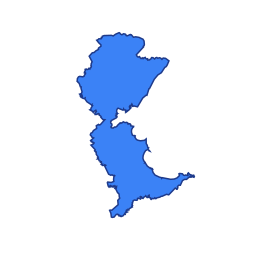 outline of Cirebon, Jawa Barat, Indonesia, rotated 42°
{"feature_id": "22746128B77544549346240", "entity_name": "Cirebon", "entity_type": "district", "adm_level": 2, "iso_a3": "IDN", "parent_name": "Indonesia", "parent_adm1": "Jawa Barat", "projection": "orthographic", "projection_center": [108.584, -6.761], "detail": "fine", "context": "isolated", "style": "filled", "palette": "blue", "viewbox_px": 256, "rotation_deg": 42, "n_neighbors": 0, "source": "geoboundaries", "source_scale": "gbopen_adm2", "svg_char_len": 5941}
<svg xmlns="http://www.w3.org/2000/svg" viewBox="0 0 256 256"><g transform="rotate(42 128 128)"><path d="M205.9,127.0L206.3,123.4L206.6,123.4L206.9,122.5L207.6,122.6L208.0,122.0L207.8,121.7L208.3,121.2L210.0,120.5L209.8,119.7L209.1,119.6L208.7,119.1L208.0,119.4L207.6,120.4L205.9,120.7L205.7,121.3L202.9,120.9L202.8,121.8L203.6,122.8L204.2,123.0L204.0,123.6L202.4,124.2L201.9,125.3L200.8,125.9L199.1,125.6L196.8,127.2L196.5,127.9L198.1,129.0L197.8,132.4L196.5,135.0L194.0,137.6L186.7,142.0L186.7,142.7L186.3,142.4L184.2,143.5L179.6,144.9L176.4,144.3L174.0,142.8L174.1,142.2L173.3,142.0L173.2,142.6L171.7,142.4L171.7,143.0L167.9,143.4L164.3,142.4L163.8,142.8L163.7,142.1L161.6,141.8L159.3,140.5L157.7,138.3L156.7,135.7L156.2,133.0L157.3,130.4L156.6,129.8L156.6,129.0L155.7,129.2L153.7,127.9L152.0,127.4L148.8,124.0L148.5,126.1L145.8,129.2L143.3,130.6L141.9,130.9L139.2,130.2L138.7,129.0L138.0,129.1L137.5,129.8L136.1,130.4L133.4,128.8L131.8,126.9L131.2,124.5L131.4,123.5L131.1,123.0L128.6,124.5L127.7,123.6L126.9,123.5L125.8,124.1L125.9,124.5L125.2,125.0L125.1,124.8L124.9,124.5L123.3,124.6L122.2,126.0L120.3,126.6L120.3,127.6L119.6,129.2L119.2,129.0L118.7,129.5L118.4,133.4L118.7,134.2L118.0,135.9L117.3,136.3L117.0,138.0L115.4,139.0L114.9,138.8L114.4,138.2L114.6,137.7L114.2,136.6L113.2,135.8L111.9,135.9L110.9,134.9L110.9,133.9L110.6,133.7L112.5,128.4L112.4,127.7L111.9,127.3L112.3,127.0L112.0,126.7L111.2,127.2L110.9,126.6L110.4,126.6L110.8,125.4L109.7,125.0L110.2,124.4L109.8,124.5L110.0,124.1L108.4,123.3L107.4,121.8L107.2,120.3L107.4,119.9L112.3,118.1L112.6,117.5L112.1,116.8L112.9,117.0L114.1,116.7L114.2,116.4L115.4,117.6L115.3,116.8L116.1,117.1L116.3,115.9L115.9,115.4L116.6,114.7L116.7,111.0L115.2,110.7L115.3,111.6L114.8,111.3L114.5,110.0L115.2,109.6L114.8,107.6L116.0,108.1L116.4,109.0L117.2,108.7L117.6,107.7L120.9,105.9L118.9,95.9L119.5,91.6L120.2,91.1L117.3,84.8L117.6,84.3L114.9,74.2L114.7,68.5L115.8,64.6L114.8,58.4L115.3,56.8L115.0,55.0L113.5,50.7L109.3,51.1L107.3,52.5L107.3,54.3L105.6,54.2L104.4,54.7L103.4,56.3L102.2,56.3L101.6,57.3L101.6,58.9L99.5,59.0L98.4,59.9L98.8,61.5L98.4,62.2L98.5,62.9L97.2,64.3L96.2,63.4L95.6,64.3L94.3,64.4L93.6,64.0L93.0,65.0L93.0,66.0L92.0,66.0L92.0,67.0L91.4,67.0L91.1,67.7L89.7,67.6L88.8,67.2L88.1,68.5L87.0,68.7L85.2,68.0L85.3,57.3L84.7,57.1L84.7,55.7L84.2,54.9L81.7,52.6L79.7,52.0L75.5,53.3L72.7,55.1L71.3,56.9L68.1,56.5L67.7,57.0L67.1,57.0L65.9,59.8L64.9,60.4L65.3,60.6L65.5,60.6L64.6,60.5L63.8,60.0L63.0,60.1L61.6,61.0L61.1,62.8L59.6,63.2L58.1,62.9L57.6,63.1L56.0,66.6L55.4,69.5L53.7,70.2L48.4,75.3L47.5,77.0L48.2,78.1L47.7,78.6L48.1,78.8L48.3,79.7L46.6,81.3L46.6,82.5L46.0,83.7L49.5,84.3L52.2,84.3L53.2,85.4L52.6,88.2L52.9,89.0L53.5,89.4L52.5,92.0L52.3,94.5L51.1,96.1L51.1,100.6L57.0,102.8L57.8,105.2L58.7,105.9L58.8,106.6L59.6,106.8L60.0,108.0L59.7,108.5L60.2,109.7L59.0,109.9L59.2,110.8L58.6,111.8L57.5,112.1L56.9,113.1L57.2,113.4L57.7,113.4L58.1,115.0L58.7,115.6L58.4,115.9L58.8,116.3L59.6,115.6L60.1,116.1L60.3,118.2L60.7,118.8L60.2,120.2L57.6,121.9L57.0,123.1L57.3,125.1L59.0,127.4L59.7,127.2L60.1,127.5L61.9,127.5L65.1,129.3L65.8,128.8L66.6,130.0L69.7,131.9L70.3,133.6L69.4,135.2L70.3,135.3L70.9,134.8L70.8,135.8L71.5,136.4L72.4,136.5L72.4,136.1L72.7,136.1L72.5,135.4L73.0,135.8L73.0,135.3L73.4,135.7L73.1,136.2L74.7,136.1L75.7,135.5L76.0,134.5L76.4,135.2L79.9,136.0L85.5,135.2L85.6,134.8L85.9,135.4L86.7,135.1L87.2,138.0L87.9,138.9L87.5,140.0L90.4,139.4L91.7,139.7L91.4,139.0L92.2,136.3L93.5,136.9L93.4,139.2L94.5,140.0L95.8,138.7L95.7,138.0L96.4,137.6L96.4,137.0L96.9,136.8L97.7,137.2L98.0,137.7L99.6,137.4L100.6,137.7L100.7,138.2L101.5,138.3L103.8,138.5L105.2,137.4L105.2,144.0L104.5,145.1L103.7,145.0L102.9,147.5L105.0,149.3L104.0,153.0L104.5,155.4L103.9,156.6L104.4,158.1L104.9,158.5L105.8,158.4L107.0,159.0L109.1,158.4L108.6,162.4L109.8,162.7L109.7,162.0L110.1,162.4L110.7,162.2L111.8,162.4L112.0,161.8L112.8,161.8L112.9,163.4L111.9,165.5L118.1,166.1L118.4,166.3L118.4,167.3L120.0,167.5L120.4,167.1L122.0,168.8L125.4,169.6L125.3,170.4L126.1,170.4L126.0,171.4L126.7,170.8L128.5,171.6L129.3,171.2L130.0,171.7L130.5,171.2L130.6,171.8L131.4,171.5L132.4,172.3L132.4,173.0L133.1,172.9L133.4,172.3L133.6,172.8L134.1,172.9L135.3,171.7L135.3,170.9L136.4,170.6L136.2,171.9L144.5,175.3L146.9,174.6L147.4,173.5L149.0,173.2L149.4,172.4L150.1,172.4L149.9,173.2L150.3,173.9L151.6,175.8L153.2,177.2L152.0,179.7L149.1,181.7L149.2,182.4L152.1,184.4L153.3,184.6L153.1,183.8L153.4,182.8L154.3,183.6L154.8,182.9L154.4,182.8L154.3,182.3L155.0,182.3L155.3,181.8L156.0,182.1L156.4,181.9L157.0,181.1L156.1,180.9L156.1,180.6L157.1,180.1L157.0,179.7L158.3,179.8L158.6,179.1L159.4,180.3L158.2,180.8L158.7,181.1L158.7,181.7L159.7,181.5L163.7,183.1L164.6,182.9L165.7,183.2L167.7,185.1L168.8,185.6L168.8,188.6L172.0,191.6L171.0,199.9L169.6,201.0L169.4,201.5L172.3,202.8L175.2,205.3L176.1,205.0L177.3,203.4L177.1,200.2L177.7,199.2L178.7,198.8L179.1,199.2L179.9,198.6L180.2,199.2L180.6,198.8L181.1,198.8L181.4,198.2L181.9,198.5L182.3,198.2L183.1,196.5L182.9,194.9L183.7,194.1L182.7,193.5L183.6,191.2L182.6,191.8L181.8,190.0L182.1,189.8L182.6,190.2L182.4,188.6L183.2,188.7L183.5,188.3L183.0,187.9L183.1,186.6L184.0,184.0L182.7,184.0L183.5,183.6L183.4,182.7L183.2,182.4L182.3,182.4L181.9,181.1L181.2,180.8L181.2,179.9L180.5,178.5L181.0,177.2L182.5,176.2L183.1,175.4L183.0,174.9L182.2,174.0L182.5,173.3L184.9,172.4L184.6,171.3L183.1,171.1L183.1,170.6L184.1,170.1L185.6,170.6L186.3,170.3L186.1,168.5L186.6,167.4L186.5,166.5L188.7,166.9L189.2,166.4L188.3,164.6L188.7,163.8L190.2,165.4L190.6,165.4L191.6,164.8L192.5,165.6L193.0,165.6L193.4,163.9L194.6,163.2L194.6,161.9L196.0,161.9L196.2,160.6L198.0,158.0L198.3,156.7L199.1,155.8L201.0,151.5L203.0,150.4L203.3,141.1L203.7,140.8L205.1,141.0L205.5,140.5L205.1,139.7L205.1,139.1L203.9,138.3L204.1,136.4L205.2,135.5L203.7,130.7L204.3,128.5L205.9,127.0ZM158.1,131.1L159.6,130.6L158.8,130.4L158.1,131.1Z" fill="#3b82f6" stroke="#1e3a8a" stroke-width="1.5"/></g></svg>